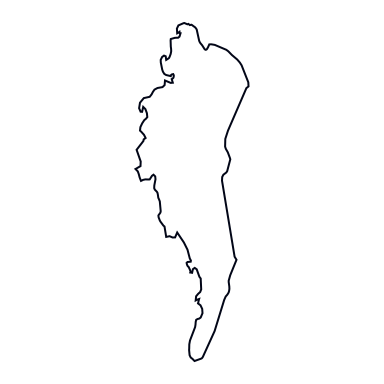 an SVG outline of Comoe
{"feature_id": "CIV-3460", "entity_name": "Comoe", "entity_type": "Department", "adm_level": 1, "iso_a3": "CIV", "parent_name": "Ivory Coast", "parent_adm1": "", "projection": "equal_earth", "projection_center": [-3.5, 6.565], "detail": "fine", "context": "isolated", "style": "outline", "palette": "ink", "viewbox_px": 384, "rotation_deg": 0, "n_neighbors": 0, "source": "natural_earth", "source_scale": "10m", "svg_char_len": 2762}
<svg xmlns="http://www.w3.org/2000/svg" viewBox="0 0 384 384"><path d="M248.5,86.4L248.4,86.5L246.4,88.1L228.0,130.6L225.3,138.9L225.1,146.6L225.8,148.8L227.8,152.3L229.9,157.9L230.3,159.3L227.2,171.1L226.3,172.5L223.4,174.7L222.2,177.0L222.0,180.6L234.6,256.7L236.5,259.8L230.2,275.3L228.7,280.7L228.7,282.0L229.3,286.4L229.4,288.9L229.1,290.9L228.7,292.3L228.2,293.3L227.2,294.8L225.7,296.5L224.2,299.9L214.6,331.1L202.9,356.8L202.4,357.6L201.8,358.3L201.0,358.7L194.5,361.0L192.5,358.9L190.7,357.5L189.6,355.2L189.1,350.0L189.2,348.6L189.3,344.3L190.0,340.5L195.1,327.1L195.5,324.7L195.7,321.9L196.2,319.8L197.6,319.0L199.2,318.6L200.7,317.5L202.5,313.2L202.2,308.9L200.5,305.3L198.0,303.4L198.3,302.4L198.8,300.0L199.1,299.0L196.6,299.9L195.7,300.4L196.1,296.3L198.1,293.9L200.2,292.0L201.2,289.4L200.7,278.5L199.4,276.8L196.7,269.3L194.7,267.9L192.9,269.2L192.1,272.8L190.3,272.5L190.6,271.7L189.7,269.2L188.6,266.9L187.8,266.3L187.0,264.7L186.6,262.9L187.5,262.0L190.7,261.7L190.9,260.5L189.8,258.5L187.5,249.7L183.9,242.5L177.2,232.5L175.1,237.4L172.6,237.5L169.6,236.2L166.2,236.9L164.5,226.5L163.4,225.6L160.3,221.4L159.6,220.0L159.4,219.3L159.0,218.4L158.6,217.2L158.4,215.6L158.8,214.8L159.6,213.8L160.4,212.6L160.7,211.2L159.8,201.4L159.0,199.3L158.3,197.8L157.8,194.3L157.4,192.6L156.8,191.7L154.8,189.6L154.2,188.2L154.3,185.5L155.5,179.2L155.2,176.4L153.5,174.7L152.0,175.8L149.7,179.4L148.9,179.5L145.3,179.4L143.0,179.9L141.0,180.9L140.0,178.4L139.6,177.3L138.8,174.2L137.8,171.4L135.5,169.0L140.5,166.1L140.7,161.5L136.6,149.8L143.4,141.0L143.7,139.4L145.6,138.0L144.0,134.8L141.3,131.8L140.0,130.6L140.4,127.1L142.2,123.3L144.3,120.1L145.9,118.8L147.3,117.1L146.9,113.2L145.4,109.1L143.2,106.9L142.1,111.8L140.6,111.7L139.1,108.2L140.0,102.7L143.8,98.1L149.7,96.8L151.6,94.4L152.9,91.9L154.5,89.6L157.5,88.0L162.5,87.1L164.6,85.1L165.0,80.5L170.7,82.9L172.8,82.7L171.7,79.1L172.6,78.6L173.3,77.9L173.7,76.8L173.8,75.3L173.2,74.1L171.9,74.4L170.7,75.4L170.7,76.1L166.1,75.0L164.3,73.9L162.9,71.6L162.2,69.5L160.8,62.5L160.7,59.9L162.1,57.0L164.0,55.6L165.7,56.3L166.2,59.9L168.1,58.7L169.1,57.9L169.7,56.6L170.7,53.9L171.2,51.2L171.1,48.9L170.8,46.6L170.6,40.3L170.8,39.0L175.0,37.8L178.2,37.7L179.5,36.6L180.5,33.3L179.8,33.3L179.6,33.1L179.6,32.6L179.5,31.8L178.3,32.7L177.2,33.3L176.9,28.6L178.4,25.4L183.5,23.2L184.3,23.0L184.8,23.2L187.4,24.3L188.4,23.9L189.8,25.1L190.4,25.0L191.2,24.7L192.1,25.1L193.1,25.9L195.1,27.3L196.0,28.4L196.7,29.5L199.1,40.5L199.4,41.4L199.9,42.4L200.5,43.3L202.1,45.2L204.7,49.3L205.6,49.8L206.4,49.6L207.0,49.0L208.0,47.3L209.3,44.4L211.3,44.3L214.8,44.9L226.3,49.8L228.3,51.3L231.9,55.0L237.2,59.5L239.8,62.5L241.6,65.3L248.3,82.3L248.5,86.3L248.5,86.4Z" fill="none" stroke="#020617" stroke-width="2"/></svg>